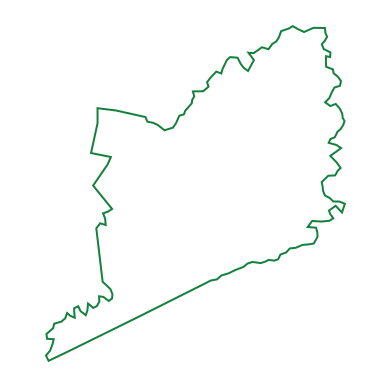 the district of Diamante D'Oeste, Paraná, Brazil, rotated 86°
{"feature_id": "56859067B14364856509720", "entity_name": "Diamante D'Oeste", "entity_type": "district", "adm_level": 2, "iso_a3": "BRA", "parent_name": "Brazil", "parent_adm1": "Paraná", "projection": "robinson", "projection_center": [-54.104, -24.969], "detail": "fine", "context": "isolated", "style": "outline", "palette": "green", "viewbox_px": 384, "rotation_deg": 86, "n_neighbors": 0, "source": "geoboundaries", "source_scale": "gbopen_adm2", "svg_char_len": 2095}
<svg xmlns="http://www.w3.org/2000/svg" viewBox="0 0 384 384"><g transform="rotate(86 192 192)"><path d="M228.0,52.9L223.7,55.6L220.1,56.7L215.8,49.7L222.9,43.8L214.4,40.3L211.8,45.7L211.3,51.8L207.7,54.9L204.6,59.7L199.8,61.2L195.9,61.3L191.1,61.9L185.3,54.9L185.4,48.0L180.9,45.1L178.4,42.1L172.5,45.7L165.6,51.5L163.5,48.0L158.6,40.2L155.1,44.8L152.5,52.2L148.8,50.2L147.4,45.8L142.0,42.6L139.5,39.2L135.4,36.3L131.9,34.9L128.5,36.5L124.2,36.7L119.0,38.8L114.2,42.5L115.9,48.0L111.8,52.9L107.8,48.4L102.6,45.8L97.7,42.6L96.4,37.0L91.7,35.6L87.0,38.6L83.4,42.5L79.5,42.8L76.5,49.4L72.2,49.4L65.9,48.8L67.0,44.8L62.4,44.2L58.5,50.7L53.6,52.2L50.6,49.1L46.6,46.4L42.7,47.8L37.7,48.0L36.7,59.4L40.2,69.1L36.5,75.6L33.6,79.8L35.8,84.4L37.7,91.8L44.1,94.7L47.7,97.4L49.9,101.6L54.9,105.7L52.5,112.1L57.8,120.8L57.0,126.0L64.7,121.0L75.2,127.7L71.9,131.6L67.5,134.5L61.2,137.2L60.1,144.6L62.8,148.0L71.3,152.9L75.8,154.5L73.6,159.4L79.0,165.3L83.5,169.3L88.1,168.2L92.3,173.8L91.7,184.1L96.9,183.1L99.9,185.3L103.6,186.1L110.3,193.0L114.0,194.7L115.0,199.3L122.5,203.3L126.5,206.6L128.5,215.1L122.5,221.7L120.2,226.2L118.7,231.6L114.0,233.2L105.4,262.1L101.8,280.4L116.7,281.4L146.1,290.0L151.4,270.5L158.7,274.3L178.7,290.2L203.3,272.9L205.6,276.9L207.1,282.2L212.5,280.5L218.9,280.4L216.8,285.8L221.6,290.0L275.3,287.4L283.2,280.1L288.6,278.5L292.7,279.2L294.9,282.6L290.4,287.8L289.6,292.0L294.8,292.0L299.2,294.9L300.7,298.6L296.0,303.5L302.9,304.6L307.5,306.6L303.1,311.5L298.0,313.5L299.8,317.7L303.3,317.9L309.2,317.7L307.0,322.1L304.0,325.0L309.2,327.3L312.2,331.3L313.7,338.5L318.2,340.1L323.5,347.1L328.3,346.8L329.2,340.2L333.6,341.6L340.3,344.6L345.0,349.1L350.4,346.8L342.6,327.1L312.6,253.6L283.2,183.1L281.6,179.4L280.9,173.2L277.3,168.4L275.7,161.3L272.8,154.1L270.3,145.8L267.4,141.9L266.0,136.7L267.7,128.4L266.6,123.9L265.1,120.1L266.2,114.5L265.1,110.7L260.6,108.2L258.9,102.3L255.1,98.3L254.9,92.4L252.5,85.5L252.4,79.4L251.9,74.1L245.5,69.9L240.9,69.8L236.3,70.7L235.0,79.0L229.3,74.2L230.5,64.8L230.3,57.0L228.0,52.9Z" fill="none" stroke="#15803d" stroke-width="2"/></g></svg>